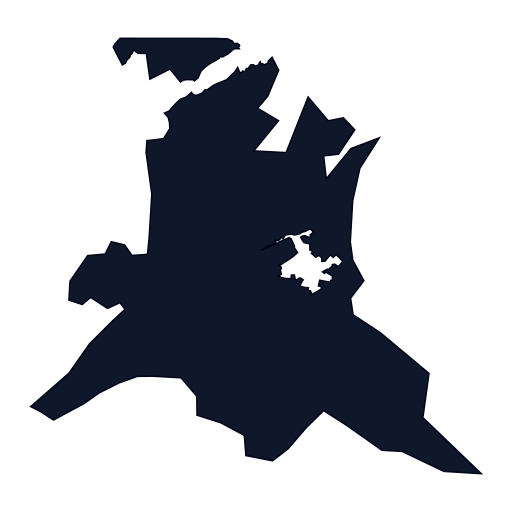 Urtachirchik, Tashkent, Uzbekistan (Robinson projection)
{"feature_id": "79887680B65075786438492", "entity_name": "Urtachirchik", "entity_type": "district", "adm_level": 2, "iso_a3": "UZB", "parent_name": "Uzbekistan", "parent_adm1": "Tashkent", "projection": "robinson", "projection_center": [69.308, 41.051], "detail": "fine", "context": "isolated", "style": "filled", "palette": "ink", "viewbox_px": 512, "rotation_deg": 0, "n_neighbors": 0, "source": "geoboundaries", "source_scale": "gbopen_adm2", "svg_char_len": 3419}
<svg xmlns="http://www.w3.org/2000/svg" viewBox="0 0 512 512"><path d="M379.3,137.8L351.0,148.5L326.3,178.7L323.6,155.9L338.5,154.2L354.8,129.8L343.3,117.8L328.3,120.8L308.1,97.0L286.1,152.6L253.8,150.9L278.5,120.7L257.6,108.2L267.8,96.1L278.7,70.2L272.1,57.3L269.6,59.6L268.1,61.4L268.0,63.1L264.0,64.9L262.3,63.5L260.5,64.5L260.3,61.8L259.5,62.4L258.8,64.9L254.7,66.2L253.7,64.8L250.9,64.8L248.8,67.4L249.2,68.6L246.3,68.5L245.1,71.8L242.7,71.0L241.7,72.4L239.9,72.8L237.7,67.4L234.8,71.9L228.6,77.7L226.7,79.7L217.4,83.5L213.4,85.3L208.3,89.1L207.1,89.8L205.1,89.8L201.9,93.2L196.6,95.4L193.3,94.8L191.4,92.4L186.4,96.9L180.1,99.4L175.5,103.8L171.1,108.7L169.4,110.9L164.4,113.1L168.2,117.4L169.5,122.8L169.8,128.6L163.6,138.6L153.5,139.9L146.9,140.6L146.1,152.6L151.8,194.1L149.2,236.8L147.5,254.2L142.9,254.7L132.0,255.4L124.6,244.9L111.3,241.7L105.2,254.0L87.6,255.6L70.0,281.2L68.9,300.1L82.2,304.5L90.6,297.4L107.5,308.4L120.0,302.7L125.0,309.3L112.2,321.2L89.4,344.0L68.9,373.2L30.7,406.6L40.6,411.7L53.5,420.0L84.5,403.3L98.6,393.2L119.1,382.9L137.3,376.4L152.5,376.2L181.0,377.8L196.8,396.3L197.0,415.2L220.8,422.8L244.3,435.4L245.9,455.6L272.5,460.8L287.9,449.0L306.6,427.3L323.7,410.6L347.1,425.7L382.0,450.3L402.1,451.4L443.9,471.4L481.3,473.7L422.9,417.6L429.0,373.4L380.3,332.7L353.1,314.8L350.6,298.1L363.9,280.7L352.8,260.2L350.3,241.9L352.7,200.8L359.9,168.2L379.3,137.8ZM310.1,234.9L311.0,236.5L309.1,237.3L304.6,235.6L301.7,236.3L300.6,237.3L302.7,240.8L304.1,242.7L306.2,243.1L309.7,243.9L309.9,247.9L309.8,250.0L311.0,250.0L312.7,252.5L311.4,253.3L315.3,256.8L315.6,257.2L319.2,255.4L319.8,256.1L321.8,257.9L321.8,261.4L325.0,261.2L330.3,254.8L333.2,257.5L336.2,254.5L338.0,256.6L339.0,257.2L342.7,261.5L338.9,266.2L337.4,266.0L334.6,264.1L332.3,264.7L332.4,266.1L331.9,266.4L331.4,266.9L328.5,269.4L327.4,269.2L324.9,270.5L322.5,271.9L324.3,273.4L326.2,272.2L332.5,276.1L332.2,280.4L330.6,280.5L330.1,282.2L322.6,280.8L319.7,280.2L318.4,285.9L321.5,286.6L321.4,287.0L321.1,289.1L315.8,292.3L313.6,293.5L311.6,294.7L311.4,294.1L311.4,293.0L310.9,293.5L310.4,290.7L307.7,290.1L308.4,287.7L305.4,287.5L303.4,287.1L299.4,285.7L301.5,282.8L301.0,282.4L303.2,279.9L301.3,278.5L300.7,278.1L299.0,278.1L298.1,279.3L295.3,279.6L294.4,275.0L291.3,275.1L291.1,278.7L286.1,278.5L283.5,278.0L280.2,277.0L278.4,276.3L278.2,275.9L281.3,274.4L280.3,270.0L281.4,268.3L281.0,266.8L279.1,265.5L281.9,264.0L289.1,259.3L291.8,257.5L292.4,257.0L293.4,256.4L297.6,252.5L294.1,247.4L294.6,246.4L291.2,238.9L289.1,237.6L278.4,242.3L278.2,244.8L276.9,243.2L262.8,250.0L261.4,249.7L264.6,247.6L275.6,242.5L274.9,241.2L275.3,239.9L276.7,240.9L279.3,239.9L281.6,237.2L283.1,238.6L285.4,235.0L290.0,234.3L292.1,234.0L293.9,235.0L297.5,234.5L300.7,233.4L300.8,232.6L305.5,231.3L309.1,229.2L310.9,229.5L313.5,232.2L310.1,234.9ZM215.2,38.4L120.1,38.3L114.5,44.5L113.2,47.1L122.4,65.0L125.4,63.1L126.3,61.2L127.4,59.5L129.0,58.1L130.2,56.3L130.2,54.6L132.0,53.7L132.7,51.8L133.9,50.1L137.8,53.3L146.3,53.5L149.9,79.2L170.0,69.0L180.5,82.0L183.1,80.3L186.4,79.6L190.3,79.7L193.5,79.8L194.4,80.9L198.2,77.7L199.6,74.3L201.0,71.2L204.4,67.7L209.8,63.7L216.4,60.0L219.2,58.3L218.9,57.0L220.8,56.9L223.3,56.7L225.3,55.2L227.5,54.4L231.2,51.2L233.8,48.9L236.3,48.7L239.3,48.8L238.3,47.2L239.5,46.1L239.5,45.0L237.9,43.9L237.5,43.4L234.3,43.6L232.3,41.1L227.8,38.9L215.2,38.4Z" fill="#0f172a" stroke="#020617" stroke-width="1.5"/></svg>